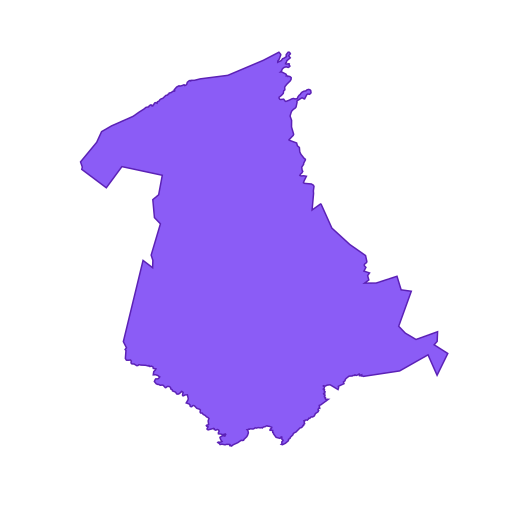 Moris, Chihuahua, Mexico (Equal Earth projection), rotated 73°
{"feature_id": "50627088B15555770686399", "entity_name": "Moris", "entity_type": "district", "adm_level": 2, "iso_a3": "MEX", "parent_name": "Mexico", "parent_adm1": "Chihuahua", "projection": "equal_earth", "projection_center": [-108.616, 28.165], "detail": "fine", "context": "isolated", "style": "filled", "palette": "violet", "viewbox_px": 512, "rotation_deg": 73, "n_neighbors": 0, "source": "geoboundaries", "source_scale": "gbopen_adm2", "svg_char_len": 6071}
<svg xmlns="http://www.w3.org/2000/svg" viewBox="0 0 512 512"><g transform="rotate(73 256 256)"><path d="M423.0,117.7L405.3,101.1L393.0,111.6L390.6,107.7L381.5,104.5L382.6,127.4L373.4,135.8L364.9,140.1L335.1,117.8L330.8,127.1L316.6,127.1L317.0,149.0L313.7,160.1L311.9,155.1L307.4,155.0L305.4,152.4L302.0,157.2L299.0,154.2L297.1,155.2L296.2,155.1L295.5,154.5L294.6,152.2L293.7,151.6L287.6,151.1L272.5,162.9L251.5,175.3L225.5,178.6L225.1,179.1L228.4,188.9L213.1,182.7L210.5,182.1L206.4,180.2L205.1,180.4L203.3,182.0L200.7,188.4L199.8,189.2L198.3,188.1L194.5,184.5L193.2,187.0L192.7,189.3L191.8,190.5L190.7,189.5L190.1,188.0L188.7,186.5L187.5,186.8L184.4,186.3L182.3,183.7L181.1,183.2L178.6,180.7L177.9,180.5L176.5,181.5L171.9,183.3L169.3,183.7L164.9,182.8L162.7,184.2L159.8,184.1L154.9,190.5L154.5,190.5L151.5,185.1L150.6,184.4L143.0,184.3L136.7,182.3L132.1,182.5L128.8,180.3L127.8,179.4L126.7,177.4L126.0,175.2L125.2,174.1L121.0,171.8L120.0,171.7L119.6,171.2L118.2,166.1L118.3,165.5L119.8,164.1L120.0,163.6L116.5,160.2L116.2,159.1L117.0,157.6L116.5,156.2L115.8,155.6L113.7,155.3L112.7,155.9L112.0,157.2L112.1,159.0L112.7,160.0L112.4,162.0L112.8,164.1L113.8,165.9L114.4,166.3L114.9,167.8L116.2,169.5L117.6,170.6L117.2,172.8L116.3,174.1L116.2,175.8L116.7,178.7L116.9,182.1L116.7,182.7L114.1,183.7L113.5,186.9L113.0,187.5L111.7,187.8L110.9,187.5L109.9,184.8L108.5,182.4L106.1,181.2L105.5,179.8L103.2,179.3L102.4,178.7L100.7,176.2L98.5,172.0L97.3,170.8L95.7,170.2L94.4,171.0L93.5,172.4L93.7,173.0L92.6,173.6L92.6,174.4L91.5,174.0L90.8,174.2L87.6,177.5L87.2,178.8L86.7,177.7L84.8,176.1L83.9,174.1L83.9,171.9L85.1,170.1L84.9,169.0L84.3,168.0L83.1,168.5L82.1,168.0L81.7,168.3L81.4,170.7L80.8,171.6L80.0,171.1L79.7,170.3L78.3,169.5L76.5,165.3L74.0,166.2L72.7,164.0L71.3,164.3L70.7,164.8L70.5,165.7L72.2,168.2L73.3,168.6L74.1,168.5L74.4,168.9L74.4,169.6L74.9,170.8L75.1,172.9L76.5,174.7L77.1,178.6L75.9,178.2L74.8,176.5L71.2,173.7L70.4,173.4L67.8,174.5L71.0,191.8L75.0,230.1L70.3,257.5L70.0,263.5L69.1,266.6L69.5,267.2L69.0,267.5L68.8,268.5L69.8,270.9L71.7,272.2L72.2,273.7L72.1,274.4L71.4,274.5L71.2,275.0L71.4,276.6L71.3,279.2L70.7,279.8L71.2,282.5L73.2,285.7L72.9,286.1L74.3,285.4L74.5,285.8L74.2,287.7L74.9,289.1L74.8,291.4L75.5,292.0L75.6,292.8L76.2,293.5L76.1,295.3L78.0,299.1L78.0,300.7L78.4,302.1L79.5,303.5L79.7,305.2L81.0,306.0L80.0,307.1L79.9,307.8L80.5,308.8L81.5,309.7L81.6,310.5L82.3,310.9L81.9,311.8L80.9,312.0L80.7,312.8L81.3,314.4L82.0,315.1L81.7,317.8L82.7,320.2L84.3,326.0L86.5,332.7L89.3,356.0L91.9,367.3L100.7,375.1L114.7,396.3L120.2,396.1L122.2,397.3L147.0,379.2L131.3,358.1L151.4,322.0L169.0,331.2L171.9,338.2L189.6,341.9L197.3,338.0L224.5,356.0L230.0,355.9L237.0,358.3L227.2,365.3L299.1,407.9L305.9,406.7L307.1,408.5L308.4,408.0L315.8,410.9L317.7,410.4L318.3,408.8L318.8,406.4L320.1,406.0L321.1,406.6L322.2,406.7L322.9,406.2L323.7,404.1L326.0,402.1L326.2,401.0L325.7,399.8L325.9,399.3L326.6,398.1L328.3,393.4L329.8,391.0L329.5,390.4L330.7,389.8L330.7,388.3L331.2,387.7L332.1,386.9L333.5,387.1L334.6,384.7L335.4,385.3L336.7,387.6L339.6,389.0L340.2,386.7L341.7,384.7L342.9,384.0L343.3,383.4L343.9,383.8L344.8,385.7L344.2,387.8L344.8,388.6L346.3,389.9L349.0,388.8L350.0,387.7L350.3,386.7L351.6,385.4L352.0,383.4L352.6,382.5L355.4,381.2L355.5,380.6L355.0,379.5L354.9,378.4L355.6,376.9L356.8,376.2L358.2,376.4L359.3,375.3L360.6,375.3L362.7,372.7L364.7,372.2L365.3,371.0L365.3,370.0L364.4,367.6L363.8,367.1L363.7,366.6L365.1,365.6L367.5,367.0L368.2,366.9L368.5,366.2L368.1,364.3L368.7,362.2L372.7,362.5L373.8,363.2L376.1,365.7L378.0,363.2L379.3,362.6L380.2,362.9L381.2,362.2L381.3,361.5L380.6,360.2L380.7,359.4L381.4,358.6L384.3,357.2L386.1,354.7L387.0,354.2L388.9,355.1L389.9,354.9L390.5,353.4L392.1,352.8L393.5,351.3L395.4,350.3L396.4,349.2L397.6,348.5L399.7,350.0L403.4,350.6L403.4,352.7L403.6,353.1L404.3,353.0L405.4,351.8L406.8,353.3L407.5,353.4L408.3,352.6L408.5,346.8L409.0,346.4L409.7,346.7L410.8,345.4L410.6,343.7L411.4,342.7L412.7,342.4L414.0,343.7L415.1,343.9L416.0,341.6L417.0,340.5L417.0,339.5L417.4,338.8L417.1,337.5L417.7,337.1L419.1,338.4L418.8,339.2L417.9,339.4L418.7,343.3L419.1,343.6L421.6,343.4L423.5,342.7L423.6,344.8L422.9,346.5L423.2,347.1L424.6,345.9L425.8,345.5L426.0,343.6L427.5,340.8L427.5,339.2L428.4,336.5L428.7,336.0L429.6,336.5L430.0,336.3L430.1,335.2L430.6,334.9L429.8,332.8L429.2,328.0L427.9,324.0L428.4,323.3L428.6,321.9L428.3,321.9L426.1,317.7L425.0,316.5L422.9,315.0L420.8,314.8L419.5,315.3L419.7,314.3L419.4,313.7L419.8,312.8L419.5,312.2L420.6,309.4L420.4,307.7L420.0,307.0L420.7,305.9L420.7,304.1L421.6,302.2L421.8,300.7L422.3,300.3L421.7,298.9L421.9,297.0L421.5,295.5L421.8,294.7L422.3,294.4L422.6,293.3L424.4,291.0L425.2,291.5L425.6,292.7L426.5,293.6L426.9,293.4L427.1,291.8L428.0,291.5L428.0,291.1L429.7,291.6L430.2,291.1L431.3,291.2L435.3,289.8L437.4,286.4L437.1,285.4L436.4,284.9L436.6,284.3L438.9,284.8L439.7,284.1L440.4,284.1L441.3,285.7L443.2,286.1L443.5,286.9L444.2,285.9L443.7,282.6L442.1,279.0L440.9,278.6L440.3,276.7L439.5,276.3L437.8,273.0L436.8,272.3L436.2,270.9L436.1,269.4L433.3,264.2L433.4,263.1L433.0,261.8L432.0,260.8L432.1,260.3L431.6,259.7L431.0,259.7L430.6,258.5L428.7,258.5L428.3,257.9L427.6,258.2L427.4,256.2L428.0,254.8L427.6,254.5L427.4,253.7L426.6,253.0L427.0,252.1L426.0,250.2L426.5,248.9L426.0,247.0L424.1,245.3L423.1,242.2L422.0,241.2L421.2,241.7L419.9,240.6L420.3,239.6L417.4,239.2L417.3,237.6L414.2,228.8L413.3,231.3L412.4,231.5L411.8,231.0L411.0,231.7L410.2,231.6L409.9,230.9L408.9,230.7L408.6,231.3L407.5,231.6L407.1,230.1L406.2,230.4L405.9,229.7L404.7,230.2L403.8,229.6L402.9,230.5L402.3,229.4L401.2,228.8L400.2,229.4L399.7,230.1L399.8,229.3L400.7,228.1L400.3,225.7L400.8,222.8L407.7,216.6L406.1,215.5L404.7,215.4L403.8,209.2L402.0,209.2L401.3,207.3L400.4,206.9L399.5,205.8L398.1,202.1L398.9,199.0L398.6,198.5L399.0,196.7L398.6,196.5L398.6,196.0L399.4,195.3L399.6,194.7L399.0,191.8L399.8,191.5L400.0,192.1L400.7,192.1L400.9,191.6L400.6,191.0L400.5,189.7L401.6,190.2L401.9,189.2L402.5,188.6L407.9,152.2L400.8,120.4L423.0,117.7Z" fill="#8b5cf6" stroke="#5b21b6" stroke-width="1.5"/></g></svg>